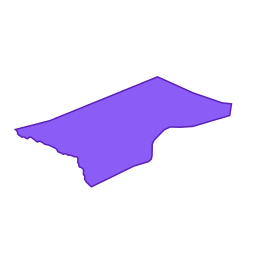 Abu Radis, Janub Sina', Egypt (Mercator projection), rotated 338°
{"feature_id": "37247803B44606701734202", "entity_name": "Abu Radis", "entity_type": "district", "adm_level": 2, "iso_a3": "EGY", "parent_name": "Egypt", "parent_adm1": "Janub Sina'", "projection": "mercator", "projection_center": [33.203, 29.047], "detail": "fine", "context": "isolated", "style": "filled", "palette": "violet", "viewbox_px": 256, "rotation_deg": 338, "n_neighbors": 0, "source": "geoboundaries", "source_scale": "gbopen_adm2", "svg_char_len": 1291}
<svg xmlns="http://www.w3.org/2000/svg" viewBox="0 0 256 256"><g transform="rotate(338 128 128)"><path d="M174.5,91.6L57.9,91.9L23.0,87.2L23.3,87.7L24.1,89.8L24.1,90.5L23.7,91.3L23.5,91.8L23.8,93.1L24.5,94.3L25.7,95.7L25.8,96.5L26.6,96.8L27.4,96.9L28.0,97.2L28.6,97.8L29.7,99.3L30.7,100.3L31.7,100.1L32.4,99.6L33.8,99.9L34.8,100.4L35.3,101.2L36.3,102.9L37.3,104.6L38.0,106.1L38.9,107.1L40.1,106.9L41.4,107.3L42.3,108.3L43.4,109.7L44.7,111.7L46.2,112.9L47.8,113.8L48.9,115.0L50.7,116.9L52.1,118.5L53.2,119.7L54.2,122.1L53.9,123.4L54.8,124.5L56.1,125.8L57.0,126.0L57.4,127.3L58.1,128.1L60.0,128.4L61.3,129.0L61.8,130.1L62.4,131.0L63.3,131.0L64.3,131.5L65.1,132.3L66.2,133.1L66.9,134.3L68.9,135.1L69.7,135.5L70.2,136.2L70.1,137.9L69.5,138.8L69.2,139.7L69.0,140.3L68.4,141.2L68.8,142.1L68.9,143.3L68.4,144.2L68.3,145.9L69.4,146.8L70.0,147.4L71.0,149.1L70.8,150.9L70.5,151.7L69.6,153.4L69.2,154.7L69.7,155.3L70.0,156.4L69.5,157.2L69.1,157.9L68.6,159.4L69.1,162.3L69.2,162.6L69.8,164.0L70.2,164.8L71.1,167.0L72.0,168.7L72.1,168.8L119.3,165.5L134.7,166.9L135.0,166.7L138.0,165.5L140.0,162.5L144.4,152.1L147.5,149.1L160.9,143.2L167.6,142.9L177.2,147.0L188.6,150.8L208.0,152.6L227.0,154.5L233.0,144.4L224.7,140.0L201.2,119.6L174.5,91.6Z" fill="#8b5cf6" stroke="#5b21b6" stroke-width="1.5"/></g></svg>